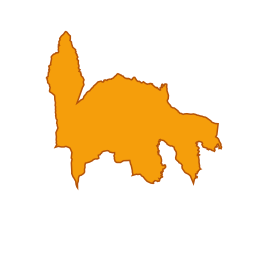 Primavera do Leste, Mato Grosso, Brazil (Natural Earth projection), rotated 288°
{"feature_id": "56859067B43692154128768", "entity_name": "Primavera do Leste", "entity_type": "district", "adm_level": 2, "iso_a3": "BRA", "parent_name": "Brazil", "parent_adm1": "Mato Grosso", "projection": "natural_earth1", "projection_center": [-54.218, -15.14], "detail": "fine", "context": "isolated", "style": "filled", "palette": "amber", "viewbox_px": 256, "rotation_deg": 288, "n_neighbors": 0, "source": "geoboundaries", "source_scale": "gbopen_adm2", "svg_char_len": 5892}
<svg xmlns="http://www.w3.org/2000/svg" viewBox="0 0 256 256"><g transform="rotate(288 128 128)"><path d="M82.7,166.7L83.1,169.1L83.4,169.4L84.2,168.8L86.3,169.9L86.6,172.1L86.3,172.5L87.3,174.2L88.5,174.2L89.4,173.3L89.4,173.9L90.2,174.5L90.9,174.4L92.0,175.9L92.5,175.8L92.9,175.2L92.9,174.1L93.4,174.2L93.7,174.7L94.7,174.8L95.1,174.1L95.2,173.2L96.0,173.0L96.1,174.2L96.7,174.4L97.0,173.8L97.7,174.1L97.9,174.7L99.6,173.9L100.7,175.2L102.6,175.9L104.1,175.1L103.6,174.6L104.1,173.9L103.2,173.1L103.0,172.3L103.2,171.9L104.1,171.5L104.8,170.2L106.5,170.2L108.1,169.7L110.7,168.1L111.9,166.5L112.2,165.1L112.9,165.3L113.3,164.8L113.6,164.0L114.4,164.1L114.9,164.9L115.3,164.6L115.3,163.9L116.1,164.4L116.7,163.3L117.6,163.1L118.3,162.3L119.1,162.3L119.9,160.9L120.3,161.2L120.3,162.0L121.7,161.4L121.9,161.8L121.6,162.4L121.9,162.8L123.1,162.4L124.3,161.3L124.9,161.4L124.6,162.0L125.1,162.5L126.3,162.5L126.7,161.8L127.1,162.3L126.8,162.8L127.1,165.9L125.6,169.4L124.8,170.1L124.3,171.8L124.0,173.8L124.5,175.2L124.0,177.8L122.4,178.6L120.1,181.3L118.0,182.2L114.4,182.5L113.1,183.2L111.9,185.5L111.7,186.4L110.8,187.2L110.6,189.1L109.7,190.5L109.0,191.3L107.6,191.3L107.1,191.8L106.4,192.0L103.6,195.6L103.2,196.5L102.8,199.4L102.2,201.2L101.6,202.2L95.5,207.4L99.8,207.0L101.0,207.3L101.3,207.9L102.1,207.6L102.5,208.2L102.3,209.0L103.0,209.0L103.3,208.4L103.1,207.3L105.2,206.5L105.7,207.0L105.8,207.7L107.1,208.0L107.6,207.5L108.4,208.2L108.9,208.1L110.8,209.1L111.4,209.8L111.5,209.2L113.5,207.8L114.1,207.8L117.4,206.1L119.5,205.5L123.6,203.3L124.4,203.1L124.4,204.0L124.8,203.7L125.1,202.7L125.7,202.4L127.6,203.0L128.0,202.8L128.3,201.3L128.9,201.2L130.1,201.8L130.9,201.8L132.2,199.5L132.2,198.7L133.2,198.5L134.2,198.9L134.5,197.3L135.0,197.3L135.7,197.6L136.1,198.7L136.7,198.8L137.2,199.4L137.4,201.7L137.2,202.8L136.2,203.7L135.4,203.4L134.9,203.5L134.3,204.4L133.3,205.1L133.1,205.6L133.3,209.2L133.0,209.8L132.4,209.8L132.2,211.3L133.0,211.5L132.9,212.9L133.2,213.5L132.6,214.9L132.7,216.2L132.5,217.4L133.9,217.6L134.7,216.7L135.2,216.6L137.3,217.1L137.3,218.4L138.1,218.5L138.7,217.8L140.1,218.0L140.6,218.6L140.0,219.2L138.5,220.3L136.6,220.9L137.3,222.1L137.1,222.9L138.8,222.9L140.1,221.6L141.3,221.4L142.1,220.6L143.1,219.4L145.5,217.4L146.4,215.6L146.7,214.1L148.9,214.6L159.9,212.4L159.2,209.5L159.4,206.0L160.3,204.7L162.0,199.5L162.2,198.1L161.9,196.4L162.1,194.5L161.8,193.9L161.8,190.4L161.5,189.9L161.8,188.3L161.6,185.9L160.5,183.6L159.8,179.6L158.9,177.5L158.0,176.2L158.3,173.9L158.0,172.8L158.8,171.6L159.0,170.7L159.7,170.3L161.3,165.9L161.0,164.2L161.3,162.7L161.9,161.7L162.5,161.5L163.9,159.0L165.0,157.6L166.4,156.8L168.3,157.2L171.5,156.4L175.6,153.5L177.8,152.8L179.0,151.9L179.6,152.0L181.5,151.4L181.6,150.4L181.0,149.3L179.3,149.2L179.1,148.7L180.3,147.5L180.2,147.0L179.8,146.8L177.9,146.8L177.6,148.1L177.1,148.0L176.1,146.2L174.6,146.7L174.3,147.1L173.9,146.8L174.3,145.1L175.4,143.5L175.0,143.1L175.4,142.7L175.1,141.6L176.7,137.9L177.1,137.8L177.0,137.0L177.5,137.0L177.3,135.6L177.0,134.9L176.5,134.7L176.1,133.4L175.6,132.9L175.8,131.0L176.7,128.4L175.2,127.2L175.1,126.6L175.9,124.5L175.8,123.9L175.4,123.3L175.4,122.7L176.1,121.3L178.2,118.9L178.1,118.0L176.4,116.9L175.6,117.1L174.8,116.2L175.3,113.7L175.2,112.9L174.8,112.7L174.9,111.6L174.5,111.2L174.6,109.8L175.2,108.0L175.8,107.4L175.6,106.6L176.2,105.0L176.0,104.5L176.3,103.9L176.5,101.6L175.6,100.8L174.4,100.5L172.7,99.3L171.1,98.7L169.9,97.3L169.3,97.2L168.8,95.5L167.7,93.7L166.7,93.3L166.8,92.0L166.2,90.6L165.6,90.4L164.7,90.6L164.2,90.3L163.8,89.3L164.3,88.0L162.5,85.2L160.0,84.0L157.1,82.3L155.3,81.9L155.0,81.4L151.6,80.1L150.2,78.6L148.7,77.7L147.6,77.6L144.5,76.3L143.0,76.4L141.6,76.1L139.7,74.2L138.2,73.5L135.8,71.8L152.5,72.2L155.0,72.7L155.6,72.7L157.2,71.6L158.6,71.2L160.2,71.3L162.4,69.2L162.7,68.2L164.1,66.6L164.8,66.9L165.1,66.3L166.5,65.7L166.8,63.9L168.6,64.3L168.7,63.7L169.6,62.4L170.2,62.2L170.8,62.5L172.0,62.1L172.7,61.8L173.3,61.0L176.9,59.9L177.3,58.7L178.5,58.0L179.7,58.4L180.3,58.1L181.7,56.5L182.1,56.7L183.6,54.8L184.5,55.0L185.2,54.2L186.3,53.9L187.7,50.5L190.7,48.3L192.3,47.6L193.4,45.7L194.7,45.7L197.7,44.7L198.6,42.7L200.2,40.4L200.5,39.2L200.3,38.7L197.3,37.7L194.8,36.2L192.0,35.4L190.8,36.1L188.9,35.6L186.4,36.6L186.0,36.1L185.3,36.2L185.3,37.2L183.8,36.6L182.0,37.4L180.9,37.5L179.4,38.4L178.2,38.4L177.7,37.3L177.3,37.1L177.3,36.3L175.7,35.4L175.2,34.4L172.4,33.1L171.7,33.1L170.2,33.9L165.2,34.5L164.3,35.0L162.9,33.8L162.2,33.6L161.5,34.4L161.0,34.3L159.3,35.3L159.1,34.7L158.6,34.8L157.7,35.5L157.1,35.6L156.4,35.1L152.3,36.1L151.0,35.0L150.4,35.0L150.0,36.0L149.0,36.1L148.0,37.0L146.3,37.6L145.0,39.9L143.6,40.4L142.6,41.4L138.9,41.9L138.1,42.8L137.8,44.5L136.4,47.9L135.5,48.5L132.3,49.7L129.7,51.2L126.8,51.8L126.0,52.5L122.8,53.4L121.9,54.0L120.7,54.0L118.0,55.5L117.6,55.3L114.6,56.8L113.8,58.1L110.4,58.7L109.5,59.6L108.5,59.9L106.4,61.4L101.3,60.9L97.6,62.6L94.4,63.4L93.3,64.1L91.7,64.3L90.2,65.4L87.2,64.8L89.0,67.3L89.4,70.5L90.3,73.2L91.0,73.9L91.4,75.2L91.1,78.7L90.5,79.5L87.4,82.2L81.9,83.3L81.1,84.4L77.3,84.9L68.7,88.2L67.3,88.6L64.5,90.9L64.1,91.6L61.1,94.8L58.3,96.1L56.2,97.6L55.5,98.5L59.5,97.1L62.2,97.1L65.3,96.3L67.1,96.4L67.7,96.6L68.7,98.1L71.0,99.9L72.7,100.3L75.5,99.3L77.1,99.3L79.3,98.5L81.4,98.4L83.8,102.0L86.1,104.3L87.2,104.8L88.6,106.6L89.0,108.2L89.9,109.3L90.3,109.6L92.9,108.2L94.1,109.8L94.9,109.8L96.0,110.6L97.2,110.8L98.2,111.8L100.1,115.2L100.1,115.9L100.3,116.5L99.5,118.1L99.7,120.8L100.4,122.8L98.7,123.4L97.2,123.2L95.5,124.4L94.7,124.4L92.4,126.0L91.8,127.4L91.8,128.0L92.9,131.5L95.5,133.8L97.7,139.7L94.5,141.6L93.3,142.7L88.6,145.4L87.5,145.7L85.4,147.0L84.3,146.8L86.7,150.4L86.8,151.7L87.8,153.7L87.6,154.5L86.7,155.6L86.3,157.6L84.6,160.0L83.2,162.7L82.7,166.7ZM124.4,203.1L123.7,202.4L124.2,202.3L124.4,203.1Z" fill="#f59e0b" stroke="#b45309" stroke-width="1.5"/></g></svg>